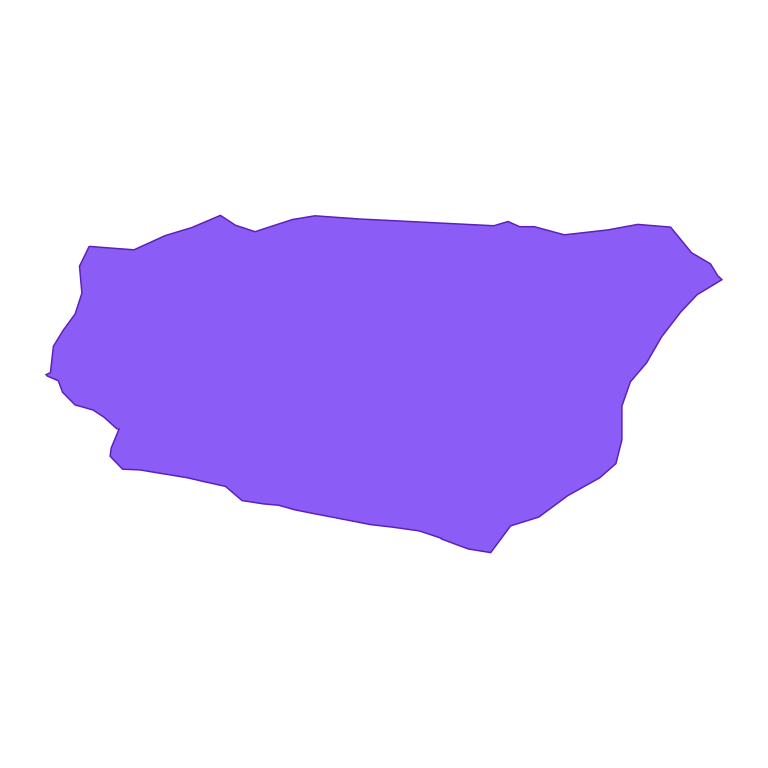 Pergamos, Cyprus (Robinson projection)
{"feature_id": "46923920B91768316626560", "entity_name": "Pergamos", "entity_type": "district", "adm_level": 2, "iso_a3": "CYP", "parent_name": "Cyprus", "parent_adm1": "", "projection": "robinson", "projection_center": [33.69, 35.042], "detail": "fine", "context": "isolated", "style": "filled", "palette": "violet", "viewbox_px": 768, "rotation_deg": 0, "n_neighbors": 0, "source": "geoboundaries", "source_scale": "gbopen_adm2", "svg_char_len": 1241}
<svg xmlns="http://www.w3.org/2000/svg" viewBox="0 0 768 768"><path d="M46.1,374.6L47.4,376.1L58.3,380.8L62.6,392.3L75.0,404.9L93.0,410.0L104.0,417.2L116.8,428.8L118.3,428.9L119.1,429.0L118.6,430.1L111.2,448.0L110.1,456.2L114.3,460.6L122.6,469.2L139.7,469.9L162.1,473.6L186.5,477.6L205.6,482.0L225.5,486.4L242.1,500.6L263.6,503.9L278.4,505.2L294.8,509.8L311.2,513.1L320.6,514.9L370.6,524.6L392.1,527.1L404.4,528.8L418.8,530.8L440.8,538.1L441.4,538.0L441.3,538.9L456.7,544.7L468.4,549.0L490.7,552.6L510.6,525.9L538.9,517.0L567.8,495.6L599.7,477.8L615.9,463.6L621.9,439.9L621.9,406.1L630.4,381.8L646.6,362.8L661.7,336.7L680.9,311.8L697.2,294.6L721.9,279.7L717.6,275.5L710.5,263.9L700.0,257.7L691.6,252.8L672.2,229.1L670.5,227.1L637.7,224.4L622.5,227.2L608.0,229.9L574.4,233.7L564.4,234.8L560.2,233.7L534.4,226.7L519.6,226.7L508.1,221.5L494.0,225.7L490.9,225.6L379.9,220.0L359.2,219.0L314.9,215.8L291.9,219.6L290.7,220.1L274.9,225.2L255.1,231.7L243.5,227.9L235.4,225.2L220.4,215.4L203.0,222.8L191.6,227.6L164.9,235.7L134.0,249.8L107.3,247.8L89.8,246.4L88.8,246.9L88.5,247.7L87.0,250.8L85.7,253.5L79.5,266.2L81.9,293.2L75.1,314.0L62.9,330.7L53.4,346.3L53.0,349.8L50.4,372.7L46.1,374.6Z" fill="#8b5cf6" stroke="#5b21b6" stroke-width="1.5"/></svg>